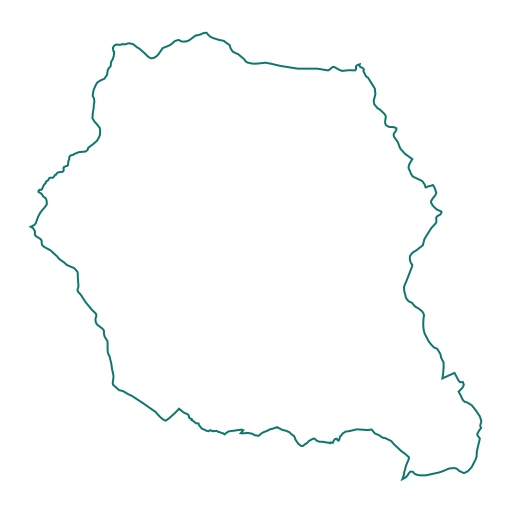 outline of Colti, Buzau, Romania
{"feature_id": "2599482B71192083628389", "entity_name": "Colti", "entity_type": "district", "adm_level": 2, "iso_a3": "ROU", "parent_name": "Romania", "parent_adm1": "Buzau", "projection": "natural_earth1", "projection_center": [26.399, 45.4], "detail": "fine", "context": "isolated", "style": "outline", "palette": "teal", "viewbox_px": 512, "rotation_deg": 0, "n_neighbors": 0, "source": "geoboundaries", "source_scale": "gbopen_adm2", "svg_char_len": 5915}
<svg xmlns="http://www.w3.org/2000/svg" viewBox="0 0 512 512"><path d="M402.3,479.2L405.2,477.7L406.2,476.9L407.3,475.7L409.2,472.8L410.2,471.8L411.1,471.5L413.2,472.0L414.1,473.3L415.5,474.2L417.1,474.8L419.6,475.3L426.0,475.3L439.3,472.4L443.0,471.1L449.1,468.5L453.3,468.1L455.3,468.2L456.8,468.8L459.4,471.0L463.6,473.0L464.5,472.9L466.3,472.1L468.6,470.5L471.7,467.1L475.6,459.4L476.6,456.6L476.8,451.5L479.8,438.8L479.6,438.1L477.4,435.2L477.3,433.8L479.2,430.4L481.1,428.0L480.2,425.9L480.7,423.6L481.3,422.1L481.1,420.1L479.7,416.1L475.3,409.7L471.7,405.2L467.4,402.6L464.5,401.7L462.5,399.5L461.2,396.4L458.6,391.7L461.8,388.5L463.0,386.9L463.8,384.7L462.9,382.1L460.0,382.2L458.6,380.6L454.5,372.9L442.4,378.4L443.1,373.8L443.6,367.5L443.6,362.6L441.2,357.8L440.4,354.1L437.3,348.9L433.9,347.4L430.9,344.2L428.8,341.5L424.8,333.9L423.7,330.2L423.2,325.0L423.5,318.5L424.0,315.6L423.8,314.4L423.0,312.6L421.7,311.0L418.9,308.7L414.7,306.3L414.6,305.8L413.2,304.4L412.2,303.0L408.4,301.1L406.1,298.1L404.2,290.8L404.0,286.9L408.2,276.6L412.3,265.8L412.2,264.5L411.5,264.0L410.9,262.9L410.1,260.7L409.8,258.8L409.9,256.9L410.3,255.5L411.6,253.7L413.2,252.2L416.1,250.5L422.8,245.3L424.5,238.9L431.2,228.2L435.6,223.4L436.4,222.0L436.2,217.6L437.1,216.3L440.4,214.5L441.6,212.1L441.4,211.6L440.5,211.1L437.1,209.7L434.9,207.8L433.0,205.9L431.1,202.7L431.1,201.1L432.8,198.3L435.3,195.3L436.3,192.7L434.5,187.6L432.9,185.0L430.0,186.1L428.3,186.3L425.8,187.5L425.4,187.0L424.5,184.1L423.4,182.9L423.1,182.0L421.2,180.5L413.3,176.8L412.2,175.8L411.0,173.8L410.0,171.2L408.7,168.5L408.6,167.6L408.7,166.3L409.4,164.1L412.3,159.1L405.2,154.0L400.4,148.7L399.6,147.0L397.9,142.3L394.0,136.7L393.6,134.8L394.0,133.3L396.0,130.7L396.3,129.4L396.4,128.3L394.1,127.2L389.1,126.9L387.2,126.0L385.8,124.9L385.2,123.3L385.1,121.5L385.8,116.9L385.5,115.6L384.8,114.3L380.1,109.7L377.4,108.1L374.3,104.3L373.7,100.9L375.4,94.1L374.9,89.5L374.9,88.7L368.1,77.8L365.9,76.2L363.4,71.0L363.9,69.6L363.2,68.4L359.9,66.6L359.4,65.4L359.7,64.3L357.8,64.9L356.5,65.7L356.0,66.5L356.0,69.2L355.1,70.4L349.4,70.2L342.1,70.9L339.6,70.0L335.0,67.4L333.6,66.8L332.8,66.9L329.0,70.0L328.0,70.4L317.4,68.7L298.0,68.7L280.3,65.9L270.8,63.7L265.4,62.7L258.5,63.5L255.0,63.7L252.3,63.6L247.6,62.6L245.7,61.5L244.3,59.3L238.1,54.1L236.8,53.7L232.7,51.6L230.5,48.2L229.7,45.1L225.8,42.5L223.9,40.9L218.6,39.8L212.4,37.8L210.1,36.5L208.1,34.7L206.6,32.8L203.9,32.9L200.4,34.5L195.3,35.7L189.8,39.9L187.4,41.1L183.8,41.7L181.4,41.4L178.8,40.0L177.5,40.2L175.0,41.0L170.9,44.5L168.5,45.8L162.7,48.1L158.5,54.2L156.5,56.3L153.6,58.0L151.1,58.3L149.3,57.5L147.1,55.8L144.6,53.2L139.2,48.5L137.4,47.6L133.3,44.3L129.5,43.3L128.1,43.4L125.3,44.3L124.2,44.4L122.6,44.1L119.8,44.9L116.5,44.5L114.8,45.2L113.7,46.4L112.9,47.7L113.4,51.1L114.2,51.8L113.8,55.9L112.5,59.8L111.3,61.3L110.8,63.9L110.8,65.6L110.1,66.9L108.5,68.5L107.7,70.6L107.0,74.9L104.3,78.8L101.1,80.1L97.4,82.4L95.8,85.0L93.6,90.0L93.0,93.2L92.7,95.9L94.0,98.5L94.4,101.9L93.9,104.3L93.5,109.2L92.9,112.3L92.4,118.2L94.3,121.3L97.0,124.4L99.8,127.9L100.1,130.8L100.0,134.8L99.2,136.9L97.0,140.8L92.7,144.5L88.2,147.8L87.7,149.8L85.6,151.5L78.6,152.2L73.8,154.2L73.3,154.8L70.8,155.4L70.1,155.9L69.5,156.7L69.2,157.4L69.3,159.2L68.4,160.8L68.0,165.1L67.0,166.0L65.7,166.2L63.9,167.2L63.5,167.9L63.7,169.7L63.6,170.6L62.6,171.8L59.6,172.1L59.1,172.4L58.1,172.4L57.4,172.7L55.9,174.8L55.2,174.8L54.7,175.3L54.4,176.1L53.0,177.6L52.3,177.9L50.6,177.6L49.8,177.8L49.0,178.4L48.4,180.0L46.0,181.7L45.7,183.1L44.1,184.6L42.5,187.9L42.1,189.2L41.0,189.9L39.9,189.7L39.3,190.0L38.7,190.6L38.4,191.8L41.9,194.1L43.0,196.3L45.2,197.8L46.0,198.8L46.7,201.1L46.8,203.0L46.7,204.6L44.5,207.6L42.6,209.7L40.2,212.8L38.1,216.8L35.6,223.6L34.1,225.1L30.7,226.8L32.8,227.9L34.8,230.9L35.0,232.4L34.8,233.9L35.1,235.0L36.1,236.3L40.2,238.8L41.5,240.3L41.9,244.5L42.7,245.7L44.3,247.0L50.6,250.4L57.3,256.6L59.1,258.9L64.0,262.4L66.7,264.9L74.1,268.1L77.3,271.6L77.8,273.3L77.8,277.3L78.4,284.9L78.4,286.8L77.8,288.5L77.5,290.5L78.2,291.9L81.0,295.0L85.0,301.3L86.5,303.3L92.0,309.9L95.2,312.9L96.1,314.2L96.3,315.2L96.2,316.9L95.7,317.7L95.5,319.4L95.6,321.3L96.0,322.7L97.0,324.5L102.2,328.5L103.4,329.7L103.9,330.7L104.0,333.9L104.6,336.6L107.4,341.1L107.6,343.3L107.6,350.2L107.8,352.2L108.5,354.4L109.4,355.9L111.2,363.1L112.1,369.3L113.2,374.0L113.5,376.6L113.0,381.3L112.7,383.3L113.0,384.7L119.2,390.2L122.9,391.0L127.7,393.9L131.9,395.9L143.5,403.5L152.9,410.1L155.7,412.0L157.0,413.7L160.8,417.6L163.6,419.8L165.7,420.7L169.3,418.1L175.4,412.6L179.0,408.7L179.7,409.2L180.2,409.9L181.3,410.4L181.9,411.2L184.4,412.9L187.7,414.3L188.5,415.2L189.1,416.5L188.9,417.4L189.7,418.2L191.7,419.1L191.9,419.3L191.6,420.0L193.2,420.9L196.1,423.3L198.5,423.4L199.0,425.2L200.0,426.3L201.1,427.9L202.1,428.7L206.7,430.8L208.3,431.2L208.7,431.2L209.6,430.4L210.4,430.2L212.4,431.2L213.0,430.9L213.7,431.2L216.6,430.9L218.5,432.0L219.3,432.0L221.9,433.1L223.2,433.3L224.5,434.4L226.1,433.0L228.6,431.4L241.7,429.6L243.2,430.3L240.7,433.2L242.2,433.4L248.2,432.9L252.3,433.8L255.0,435.3L258.6,435.8L262.4,432.7L267.9,430.5L270.0,429.3L273.2,428.6L275.2,427.7L277.0,427.7L277.2,427.2L281.9,429.7L285.4,430.7L286.6,430.8L288.2,431.8L289.1,432.0L291.2,434.0L294.1,436.2L294.7,437.3L295.3,439.4L298.3,443.8L300.9,445.8L302.6,446.0L303.3,445.7L305.1,444.1L306.8,443.3L308.9,441.0L313.2,438.6L314.6,438.7L316.8,440.7L319.3,441.7L324.4,441.9L326.2,442.5L328.6,442.6L330.0,443.3L330.8,442.4L332.7,442.9L333.2,442.1L333.7,440.7L335.1,439.0L336.8,438.7L337.5,440.1L338.7,440.6L339.8,437.9L340.0,436.5L341.3,435.5L342.5,433.6L345.7,431.6L348.9,431.2L356.4,429.4L358.3,429.4L367.8,430.1L371.6,429.5L374.8,433.4L378.7,435.0L382.9,437.8L385.2,438.1L391.2,441.0L393.9,444.2L401.2,451.0L404.9,453.7L408.9,457.2L408.8,459.1L406.2,465.2L404.1,472.7L403.9,474.9L402.3,479.2Z" fill="none" stroke="#0f766e" stroke-width="2"/></svg>